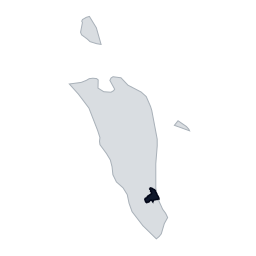 Laga, Baucau, East Timor (highlighted), rotated 94°
{"feature_id": "22284137B62238566078682", "entity_name": "Laga", "entity_type": "district", "adm_level": 2, "iso_a3": "TLS", "parent_name": "East Timor", "parent_adm1": "Baucau", "projection": "equal_earth", "projection_center": [126.658, -8.504], "detail": "fine", "context": "in_parent", "style": "filled", "palette": "ink", "viewbox_px": 256, "rotation_deg": 94, "n_neighbors": 0, "source": "geoboundaries", "source_scale": "gbopen_adm2", "svg_char_len": 3619}
<svg xmlns="http://www.w3.org/2000/svg" viewBox="0 0 256 256"><g transform="rotate(94 128 128)"><path d="M88.2,189.6L85.8,177.9L83.4,172.9L81.5,170.1L80.8,166.5L80.9,162.8L82.1,161.1L90.3,160.7L93.5,154.7L93.5,147.5L91.8,145.0L90.2,144.0L81.8,149.4L79.3,148.4L77.9,146.5L78.4,138.5L85.3,131.0L91.2,117.4L95.4,112.0L105.0,107.0L108.9,105.5L137.1,98.1L143.8,97.6L161.7,97.8L185.6,96.1L191.5,95.1L199.2,91.8L206.6,87.8L210.5,84.5L214.6,82.2L220.8,85.1L231.2,87.4L234.0,89.3L236.6,92.0L224.5,106.3L211.2,118.1L203.0,121.7L194.5,124.1L188.1,128.7L182.6,135.8L175.7,139.8L167.8,141.2L161.1,143.4L155.1,147.6L146.6,154.8L143.2,155.5L139.6,155.3L132.6,158.1L110.8,168.4L97.6,179.9L88.2,189.6ZM19.4,174.3L30.2,166.6L46.5,160.7L46.1,165.1L44.5,171.9L42.0,175.0L38.3,180.8L35.8,182.0L26.0,180.8L24.7,181.6L23.0,181.0L20.5,177.3L19.4,174.3ZM126.5,66.4L122.1,81.9L117.3,78.6L122.4,69.9L124.9,67.3L126.5,66.4Z" fill="#d9dde1" stroke="#a8b0b8" stroke-width="1"/><path d="M201.2,104.0L201.1,103.9L200.9,103.8L200.7,103.8L200.7,103.7L200.6,103.4L200.5,103.2L200.5,102.9L200.5,102.7L200.4,102.7L200.4,102.4L200.3,102.2L200.2,102.2L200.1,101.9L200.0,101.7L199.9,101.7L199.7,101.6L199.4,101.5L199.2,101.4L199.0,101.2L198.9,101.0L198.8,100.8L198.7,100.8L198.5,100.7L198.4,100.7L198.4,100.4L198.4,100.2L198.3,99.9L198.4,99.7L198.3,99.4L198.4,99.2L198.5,99.2L198.8,99.0L198.9,98.9L198.9,98.7L199.0,98.6L199.2,98.4L199.4,98.4L199.5,98.5L199.7,98.4L199.8,98.3L199.9,98.2L199.7,98.2L199.3,97.8L199.2,97.8L199.1,97.7L198.9,97.7L198.6,97.6L198.4,97.4L198.2,97.4L198.0,97.2L197.9,97.1L197.9,96.9L197.8,96.7L197.7,96.5L197.6,96.1L197.7,95.9L197.6,95.6L197.5,95.4L197.4,95.3L197.4,95.2L197.4,94.9L197.2,94.4L197.3,94.2L197.3,93.9L197.2,93.7L197.1,93.4L197.0,93.2L196.9,93.2L196.7,93.0L196.7,92.9L196.6,92.7L196.5,92.4L196.6,92.2L196.2,92.2L195.9,92.4L195.7,92.4L195.5,92.5L195.3,92.5L195.2,92.6L194.8,92.8L194.5,93.0L194.3,93.1L194.2,93.2L193.8,93.4L193.4,93.7L193.2,93.9L193.2,94.0L192.8,94.3L192.5,94.4L192.3,94.5L192.1,94.5L191.8,94.6L191.7,94.7L191.6,94.8L191.4,94.8L191.0,95.0L190.9,95.1L190.6,95.4L190.5,95.5L190.4,95.6L190.2,96.0L189.9,96.1L189.7,96.1L189.4,96.1L189.1,96.1L188.9,96.2L188.8,96.3L188.7,96.3L188.6,96.5L188.3,96.9L188.1,97.0L187.9,97.2L187.7,97.2L187.6,97.7L187.5,97.8L187.5,98.0L187.5,98.4L187.5,98.5L187.4,98.6L187.2,98.8L187.0,99.0L186.9,99.0L186.7,99.3L186.6,99.5L186.5,100.1L186.4,100.3L186.3,100.7L186.2,100.9L186.2,101.0L186.2,101.3L186.2,101.5L186.3,101.6L186.5,101.5L186.6,101.4L186.8,101.4L186.9,101.5L187.0,101.6L187.1,101.9L187.2,102.0L187.3,102.1L187.5,102.0L187.6,101.9L187.6,101.7L187.8,101.5L188.0,101.3L188.2,101.1L188.3,101.0L188.5,100.9L189.0,100.9L189.1,101.0L189.3,101.1L189.5,101.1L189.7,100.9L189.8,100.8L189.9,100.7L190.0,100.6L190.1,100.4L190.1,100.2L190.3,100.1L190.5,100.2L190.8,100.1L191.0,100.1L191.2,99.9L191.3,99.9L191.5,99.8L191.8,99.8L191.9,100.1L192.0,100.3L192.2,100.5L192.4,100.5L192.5,100.7L192.7,100.9L192.8,101.0L193.0,101.3L193.1,101.5L193.4,101.7L193.4,101.8L193.5,101.8L193.6,102.0L193.8,102.2L193.8,102.3L194.0,102.4L194.1,102.6L194.2,102.9L194.3,103.1L194.4,103.3L194.5,103.4L194.6,103.5L194.8,103.7L194.9,103.8L195.0,103.8L195.3,103.9L195.4,104.0L195.5,104.0L195.8,104.0L195.8,103.9L195.9,104.0L196.0,104.3L196.3,104.4L196.5,104.5L196.7,105.0L196.7,105.3L196.8,105.4L196.8,105.6L197.0,105.8L197.3,105.9L197.3,106.0L197.5,106.0L197.9,106.2L198.1,106.2L198.5,106.1L198.9,105.8L199.1,105.8L199.2,105.7L199.5,105.6L199.9,105.5L200.0,105.4L200.3,105.3L200.3,105.2L200.5,105.1L200.7,104.8L200.8,104.7L201.0,104.4L201.2,104.0Z" fill="#0f172a" stroke="#020617" stroke-width="1.5"/></g></svg>